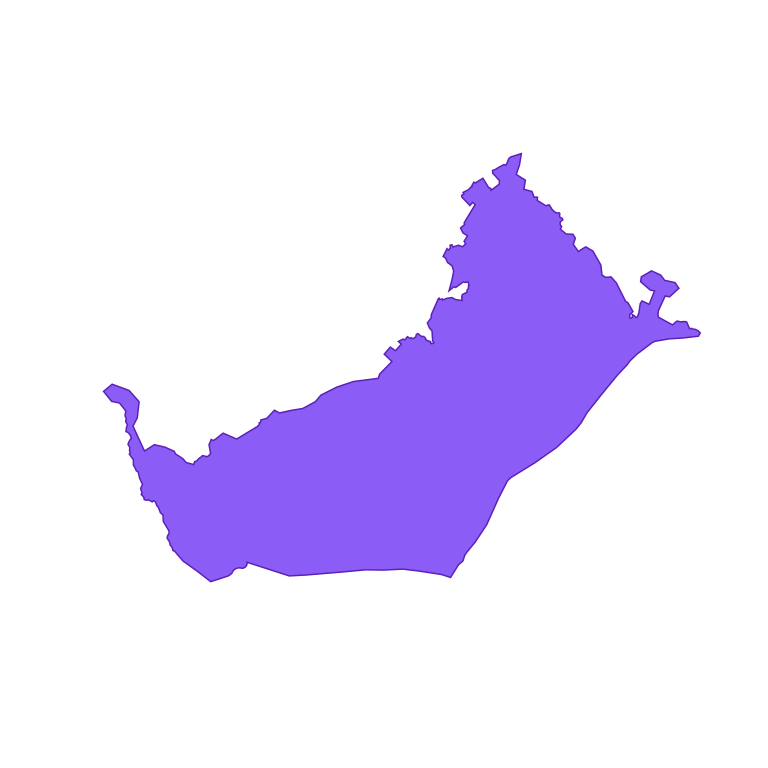 outline of Tell Abiad, Ar Raqqah, Syria, rotated 130°
{"feature_id": "27442178B34075692761550", "entity_name": "Tell Abiad", "entity_type": "district", "adm_level": 2, "iso_a3": "SYR", "parent_name": "Syria", "parent_adm1": "Ar Raqqah", "projection": "orthographic", "projection_center": [39.333, 36.35], "detail": "fine", "context": "isolated", "style": "filled", "palette": "violet", "viewbox_px": 768, "rotation_deg": 130, "n_neighbors": 0, "source": "geoboundaries", "source_scale": "gbopen_adm2", "svg_char_len": 5679}
<svg xmlns="http://www.w3.org/2000/svg" viewBox="0 0 768 768"><g transform="rotate(130 384 384)"><path d="M119.2,426.9L128.7,432.9L131.2,433.3L134.7,432.1L138.0,431.2L138.8,433.2L145.4,435.8L147.8,436.5L150.6,438.1L152.6,436.2L154.0,426.2L157.1,424.2L166.8,426.5L165.6,427.8L166.2,430.3L162.8,440.5L171.1,443.2L171.6,444.9L175.3,444.3L176.1,443.4L176.7,444.0L180.8,444.2L186.4,446.6L187.0,445.0L189.6,445.8L190.8,444.4L192.1,432.9L187.9,432.8L187.9,429.5L209.0,426.2L210.0,424.7L215.3,425.7L217.5,420.7L216.8,415.3L223.2,414.4L224.2,411.5L228.4,412.1L229.9,416.2L234.6,419.1L233.7,421.4L235.2,422.6L237.3,420.5L238.3,420.7L240.0,420.7L239.8,422.7L248.3,420.7L247.9,418.0L250.1,413.4L249.9,411.3L249.8,407.6L253.0,403.0L259.0,399.7L264.2,397.1L270.8,394.1L264.5,392.9L264.0,391.1L254.9,388.9L254.1,387.1L251.7,385.2L254.0,382.1L254.6,382.4L256.5,380.8L258.9,380.7L260.3,379.4L265.2,381.5L267.7,380.2L269.8,377.8L273.4,383.6L274.1,387.5L277.8,390.8L281.9,393.0L281.3,394.0L283.5,395.6L282.8,396.9L283.8,397.2L300.3,392.4L303.0,390.4L309.4,390.0L311.9,385.1L312.5,381.3L319.6,374.5L320.5,372.2L322.2,373.1L322.9,374.3L321.8,375.1L321.8,376.4L322.6,377.1L322.5,378.2L322.9,378.6L323.2,380.8L322.3,381.3L322.0,384.2L323.5,385.8L323.6,390.5L325.2,391.1L327.7,389.9L330.8,391.0L331.1,393.0L332.3,393.3L332.7,396.5L336.7,396.4L337.5,398.4L342.2,400.3L342.3,396.4L351.1,396.6L351.7,402.9L361.0,403.0L361.7,392.4L379.1,393.7L383.4,392.1L394.3,402.1L401.6,408.9L416.6,418.1L433.1,425.2L441.6,425.2L455.0,430.5L463.6,437.9L473.4,445.5L474.5,451.1L485.6,451.7L490.7,455.2L493.1,453.8L493.9,454.6L495.6,453.5L498.0,453.7L520.9,461.5L525.1,475.7L534.8,477.6L537.2,478.6L537.5,480.7L543.0,479.0L548.9,472.0L553.2,472.5L555.5,477.0L558.1,477.3L560.1,478.0L563.4,478.0L565.2,479.2L568.0,478.0L571.3,485.0L570.5,490.4L571.6,498.8L570.4,501.4L573.2,511.3L578.1,520.9L589.3,524.4L577.6,549.2L568.6,551.2L555.0,560.2L552.8,575.1L558.9,592.1L569.9,594.1L572.4,581.5L568.6,574.4L570.6,564.5L574.8,562.0L576.1,559.3L578.8,557.8L580.2,554.3L583.0,553.3L586.3,551.1L585.7,548.9L586.2,545.7L587.9,542.7L590.4,542.6L593.2,542.0L595.0,541.1L595.4,539.1L596.5,537.6L598.8,536.0L599.7,534.2L601.4,534.1L603.1,527.4L607.3,523.7L608.3,520.7L609.7,518.0L609.4,515.8L613.3,510.6L616.2,504.4L620.5,503.3L623.0,499.3L624.7,499.0L625.0,495.6L626.7,493.2L625.4,490.8L624.1,489.8L623.3,485.8L621.8,485.7L621.1,483.6L623.3,479.7L623.5,477.6L626.4,472.5L626.4,469.1L631.1,464.8L634.8,454.2L637.0,452.4L639.0,452.4L641.4,451.2L643.0,446.5L644.9,444.2L645.4,441.1L647.2,438.8L646.7,436.4L647.3,433.5L648.8,424.1L647.4,405.6L646.8,389.7L631.9,380.4L631.7,380.2L631.4,380.1L631.1,380.0L630.8,379.9L630.6,379.8L630.5,379.7L630.2,379.6L629.7,379.5L629.5,379.4L629.3,379.3L629.1,379.3L628.7,379.2L628.2,379.1L627.7,379.0L627.2,379.0L626.9,378.9L626.5,378.9L626.3,379.0L626.0,379.1L625.7,379.2L625.3,379.2L625.0,379.3L624.7,379.4L624.4,379.4L624.0,379.4L623.7,379.4L623.3,379.4L623.1,379.4L622.8,379.4L622.5,379.3L622.2,379.3L622.1,379.2L621.9,379.2L621.6,379.1L621.3,379.0L621.2,379.0L621.0,378.9L620.8,378.9L620.7,378.8L620.5,378.7L620.4,378.7L620.2,378.6L619.9,378.4L619.7,378.3L619.6,378.2L619.2,377.9L618.8,377.6L618.7,377.5L618.4,377.3L618.4,377.2L618.2,377.0L618.0,376.9L617.9,376.8L617.8,376.6L617.6,376.3L617.4,376.0L617.2,375.8L617.2,375.7L616.9,375.3L616.8,375.1L616.7,374.7L616.4,374.4L616.2,374.1L615.9,373.9L615.8,373.7L615.7,373.7L615.4,373.4L615.0,373.2L614.9,373.1L614.6,373.0L614.3,372.9L614.1,372.8L613.9,372.7L613.5,372.6L613.3,372.6L613.2,372.6L612.7,372.5L612.4,372.5L612.1,372.5L611.9,372.6L611.6,372.6L611.4,372.7L611.2,372.7L610.9,372.8L610.7,372.9L610.3,373.0L610.1,373.2L609.9,373.3L609.7,373.4L609.5,373.5L609.4,373.6L609.2,373.7L609.1,373.9L608.9,374.0L608.7,374.2L608.6,374.3L591.9,333.2L580.4,320.9L566.0,306.4L556.2,296.5L538.1,278.6L526.7,264.6L513.7,250.6L505.2,237.6L493.0,217.5L489.4,208.6L487.1,209.0L474.6,210.7L468.8,209.8L466.3,210.8L463.4,212.0L459.9,212.4L446.9,212.5L425.7,214.9L407.4,220.1L398.0,222.8L378.6,227.2L373.9,226.6L353.4,219.8L347.7,217.9L347.0,217.7L334.9,214.5L321.8,211.0L310.0,209.6L295.7,207.9L287.2,208.0L275.4,210.0L259.4,210.4L254.8,210.6L226.3,210.9L213.3,210.1L207.8,210.4L198.4,209.4L180.1,205.2L177.9,204.2L176.9,203.7L166.3,194.7L156.9,184.9L154.2,182.3L145.3,173.9L141.6,174.5L141.3,177.8L142.2,181.1L143.5,182.8L143.5,183.9L145.2,185.5L141.9,192.1L143.0,194.0L145.8,196.8L147.4,200.0L153.3,201.0L156.4,216.7L154.7,218.8L151.5,220.9L135.9,225.2L133.7,221.3L121.1,219.6L119.3,226.3L124.2,235.7L122.7,241.9L125.4,251.8L136.5,255.8L140.7,253.2L140.9,240.2L138.7,236.7L152.5,232.0L154.5,239.7L157.7,239.4L165.6,234.5L168.3,233.6L169.3,233.0L171.1,233.7L170.8,236.0L171.2,238.3L173.2,236.6L174.8,237.0L175.3,238.2L173.1,240.2L168.5,239.8L164.9,249.4L165.4,252.0L157.2,271.0L156.0,278.9L159.8,282.7L160.4,287.1L153.5,294.3L151.7,299.1L147.9,309.4L149.2,317.5L151.2,318.3L157.6,320.3L155.3,328.8L149.3,331.1L147.9,335.5L152.0,340.9L152.1,348.3L149.0,349.3L149.0,349.6L149.0,349.8L149.0,350.1L149.0,350.3L148.9,350.4L148.9,350.5L148.9,350.8L148.7,351.0L148.6,351.3L148.5,351.5L148.4,351.6L148.3,351.8L148.2,351.9L148.1,352.0L147.9,352.2L147.8,352.3L147.6,352.4L147.5,352.5L147.4,352.6L147.1,352.7L147.0,352.8L146.8,352.9L146.6,352.9L146.3,353.0L146.1,353.0L145.9,353.0L145.7,353.1L145.3,353.0L145.1,353.0L144.9,353.0L144.7,352.9L144.4,352.8L143.3,352.5L142.6,353.6L143.1,356.2L142.6,357.4L140.5,358.8L140.3,360.0L141.9,361.3L142.4,363.6L142.3,367.3L140.5,372.5L141.9,373.7L143.4,374.4L144.9,384.6L142.3,386.4L142.8,387.4L144.5,388.9L141.4,394.4L144.9,402.0L137.0,406.7L138.5,417.4L129.3,420.9L119.2,426.9Z" fill="#8b5cf6" stroke="#5b21b6" stroke-width="1.5"/></g></svg>